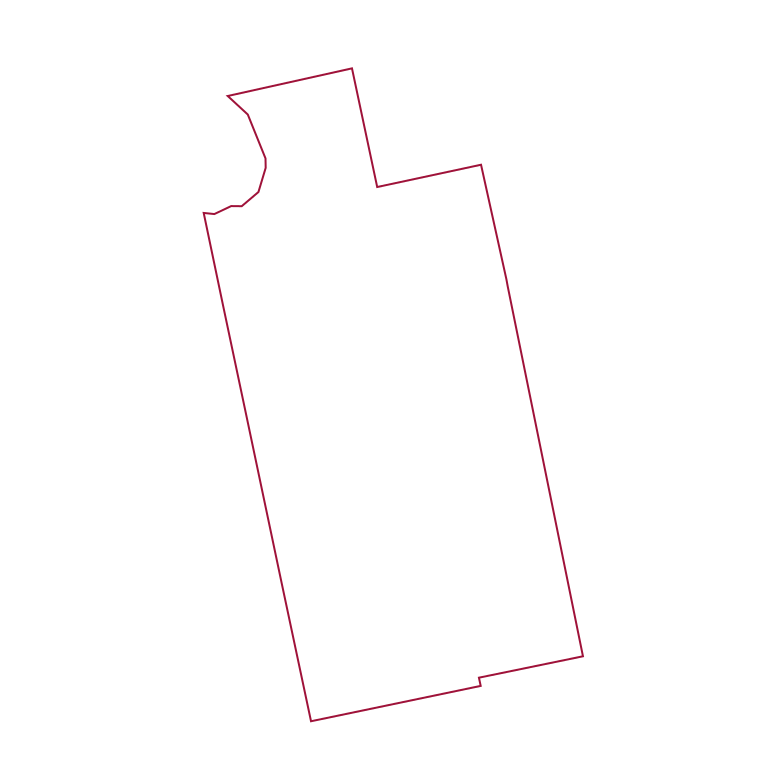 outline of Roseau, Minnesota, United States of America, rotated 258°
{"feature_id": "52423323B84865838515983", "entity_name": "Roseau", "entity_type": "district", "adm_level": 2, "iso_a3": "USA", "parent_name": "United States of America", "parent_adm1": "Minnesota", "projection": "equal_earth", "projection_center": [-95.583, 48.769], "detail": "fine", "context": "isolated", "style": "outline", "palette": "rose", "viewbox_px": 768, "rotation_deg": 258, "n_neighbors": 0, "source": "geoboundaries", "source_scale": "gbopen_adm2", "svg_char_len": 426}
<svg xmlns="http://www.w3.org/2000/svg" viewBox="0 0 768 768"><g transform="rotate(258 384 384)"><path d="M453.6,525.3L461.1,525.5L578.3,524.5L578.1,418.3L699.4,418.3L698.2,291.0L675.9,306.8L629.3,315.0L620.0,313.2L597.9,301.1L587.5,281.8L589.8,271.5L585.5,253.4L588.8,243.2L494.7,242.9L383.9,242.8L211.0,242.5L69.3,242.5L68.6,415.8L77.0,415.8L76.3,522.0L453.6,525.3Z" fill="none" stroke="#9f1239" stroke-width="2"/></g></svg>